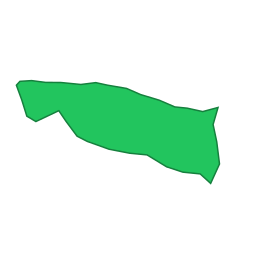 outline of Saranti, Nicosia, Cyprus, rotated 71°
{"feature_id": "46923920B86385656004858", "entity_name": "Saranti", "entity_type": "district", "adm_level": 2, "iso_a3": "CYP", "parent_name": "Cyprus", "parent_adm1": "Nicosia", "projection": "equal_earth", "projection_center": [33.004, 34.977], "detail": "fine", "context": "isolated", "style": "filled", "palette": "green", "viewbox_px": 256, "rotation_deg": 71, "n_neighbors": 0, "source": "geoboundaries", "source_scale": "gbopen_adm2", "svg_char_len": 552}
<svg xmlns="http://www.w3.org/2000/svg" viewBox="0 0 256 256"><g transform="rotate(71 128 128)"><path d="M91.9,213.0L89.1,187.8L101.6,184.4L119.2,178.8L127.5,170.8L142.0,152.7L152.4,134.6L159.6,118.8L177.3,104.1L187.6,90.5L194.9,74.7L207.3,67.9L191.8,53.2L170.0,48.6L152.4,46.4L137.9,36.2L136.8,52.0L128.5,65.6L123.3,76.9L111.9,89.4L100.5,105.2L90.1,116.5L80.8,133.5L74.6,143.7L71.5,158.4L63.2,176.5L58.0,191.2L51.8,203.7L48.7,215.0L51.2,219.6L61.9,219.4L66.7,219.3L83.9,219.8L91.9,213.0Z" fill="#22c55e" stroke="#15803d" stroke-width="1.5"/></g></svg>